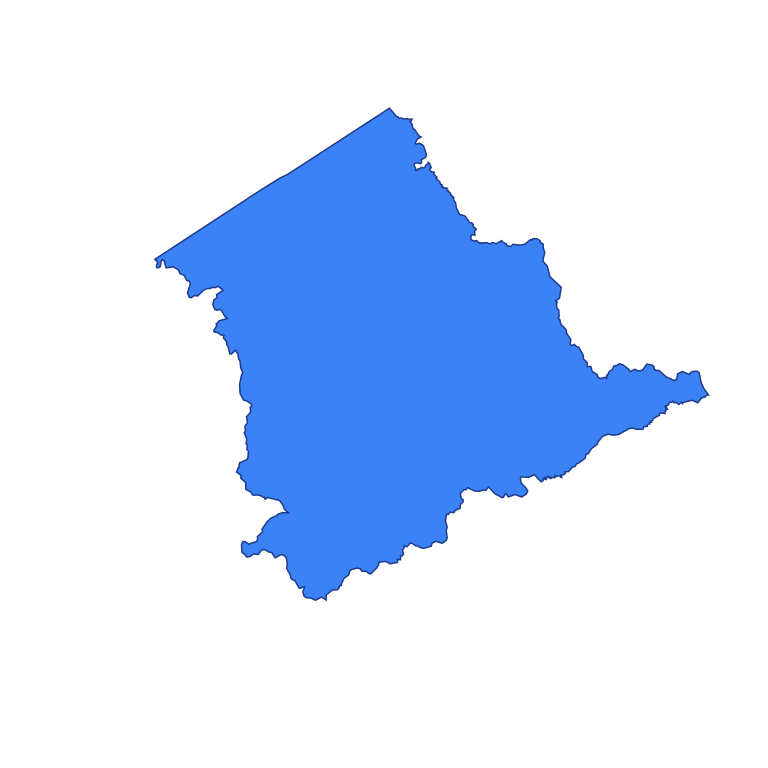 the district of Carabaya, Puno, Peru, rotated 310°
{"feature_id": "86281439B63963563505699", "entity_name": "Carabaya", "entity_type": "district", "adm_level": 2, "iso_a3": "PER", "parent_name": "Peru", "parent_adm1": "Puno", "projection": "mercator", "projection_center": [-70.113, -13.816], "detail": "fine", "context": "isolated", "style": "filled", "palette": "blue", "viewbox_px": 768, "rotation_deg": 310, "n_neighbors": 0, "source": "geoboundaries", "source_scale": "gbopen_adm2", "svg_char_len": 6159}
<svg xmlns="http://www.w3.org/2000/svg" viewBox="0 0 768 768"><g transform="rotate(310 384 384)"><path d="M511.1,605.9L515.7,611.5L518.5,610.5L520.8,613.0L521.3,612.2L523.4,612.3L524.2,613.3L525.5,612.1L526.6,613.4L526.8,612.3L529.2,613.2L530.4,612.3L537.1,615.1L538.2,614.2L539.6,614.4L542.0,618.3L542.7,617.0L544.9,617.2L545.7,616.4L547.0,617.3L548.0,614.6L546.9,614.9L547.4,613.6L550.9,615.3L553.5,614.4L555.2,616.2L556.5,616.3L556.0,618.2L557.6,619.7L557.8,623.1L561.2,623.5L560.8,625.2L562.6,625.3L569.7,630.6L571.3,636.4L577.7,636.2L580.0,638.2L583.2,638.4L584.2,639.7L586.2,631.7L589.1,625.8L595.3,618.1L595.0,615.6L592.4,612.7L589.9,611.5L587.4,611.6L585.5,604.6L580.4,602.4L575.9,605.2L573.2,604.3L570.8,595.4L571.2,585.9L569.3,583.9L569.2,581.6L570.9,579.4L571.0,577.7L568.2,572.5L560.7,573.1L557.3,570.3L556.5,566.7L551.6,564.5L552.6,561.8L552.4,558.4L552.2,554.6L550.8,551.3L547.6,550.3L545.5,548.5L541.6,549.7L539.6,548.8L537.1,548.6L535.8,549.7L534.3,548.9L531.4,550.9L531.2,549.0L527.4,546.3L526.7,543.9L528.2,541.3L527.5,535.2L530.3,531.3L527.8,528.1L531.0,526.0L531.4,520.7L534.0,518.2L537.4,509.7L536.4,507.0L536.7,504.2L534.1,503.2L534.0,501.1L538.2,498.5L540.2,491.4L542.7,488.5L543.5,481.0L546.4,477.1L546.5,475.0L548.4,474.7L552.9,470.4L553.4,467.4L556.9,464.1L558.1,464.1L558.1,461.9L562.4,463.4L572.0,457.6L572.8,442.3L579.3,433.2L580.2,427.2L581.3,426.0L588.0,422.7L590.7,418.4L593.4,416.1L593.2,412.5L594.1,411.5L593.6,407.8L591.1,404.7L589.2,404.8L588.9,403.4L581.8,402.1L578.0,399.2L573.9,393.0L570.9,392.7L568.8,389.2L570.0,387.7L569.1,383.7L569.5,382.0L563.5,379.8L562.2,376.3L559.2,374.9L558.5,372.2L555.9,369.1L554.2,368.3L554.4,367.3L553.0,365.4L553.5,362.8L551.3,361.1L550.7,359.4L551.2,357.0L553.2,355.5L554.8,355.5L556.6,357.9L559.1,355.2L562.0,355.1L561.9,350.8L563.5,350.0L563.9,348.0L562.8,345.8L564.7,337.9L562.5,332.8L565.4,326.2L568.6,322.7L569.9,318.9L571.7,317.5L570.9,316.6L571.9,316.1L571.7,313.4L572.5,313.2L573.1,311.2L572.7,309.7L573.3,309.0L572.7,308.8L573.6,306.4L574.5,306.5L571.8,302.0L573.2,301.7L572.8,300.8L573.8,300.3L573.3,298.9L574.6,297.1L575.1,291.6L576.0,291.9L576.5,290.9L576.6,287.3L578.5,286.5L577.0,283.8L577.2,282.1L577.7,281.1L580.3,280.9L580.0,279.8L581.1,279.4L582.3,276.4L582.1,275.4L581.0,276.4L579.0,275.4L575.9,276.1L574.3,274.7L574.2,273.4L571.4,272.9L570.2,271.6L568.8,272.0L567.9,270.6L569.6,269.5L570.8,266.4L572.6,265.7L574.4,266.8L576.4,270.5L578.5,270.0L579.5,268.4L584.6,270.2L587.2,268.8L591.2,262.3L592.0,259.5L590.9,256.1L588.4,254.6L588.4,253.1L593.2,252.1L597.1,253.6L596.5,251.0L598.7,243.9L598.3,241.8L601.2,238.2L601.6,235.2L603.0,235.8L605.0,235.1L602.7,233.1L602.4,231.4L599.8,229.1L599.0,226.2L597.2,224.8L597.7,223.0L596.9,221.8L598.8,210.9L482.5,175.4L474.9,171.9L454.0,165.1L332.3,128.3L331.8,132.5L328.2,133.7L327.1,135.1L328.3,136.7L330.1,137.2L334.9,134.2L337.0,134.5L336.9,136.7L332.9,142.4L338.4,147.4L339.3,153.3L337.4,156.6L338.8,161.1L336.5,166.3L337.6,168.5L336.6,171.1L327.5,174.9L325.2,179.3L326.1,180.7L330.5,182.3L331.4,184.6L340.3,185.6L343.6,187.2L345.0,189.1L348.1,190.8L349.3,192.8L352.2,194.0L352.5,200.4L344.6,198.3L343.3,200.6L339.0,199.7L334.9,201.8L332.4,206.4L332.9,208.4L335.4,210.0L335.9,212.0L333.5,218.7L333.5,221.8L326.3,217.0L324.0,217.4L322.3,216.7L321.3,218.3L315.2,219.4L314.8,220.7L316.7,224.1L316.5,226.7L318.2,230.4L316.1,231.3L315.2,236.4L313.1,238.1L312.4,240.6L307.9,246.6L309.0,247.8L314.5,248.7L314.7,249.5L313.4,250.9L313.3,252.7L309.9,256.2L308.9,259.1L304.1,264.0L301.9,268.6L299.4,269.0L290.9,273.6L284.2,279.9L281.4,286.6L283.0,290.3L283.2,295.6L282.5,296.8L280.1,296.5L276.6,300.0L270.4,299.7L266.6,304.4L262.3,304.6L258.8,308.2L256.8,308.2L253.6,314.3L249.5,316.8L249.3,318.6L245.8,321.0L245.4,323.2L240.3,327.0L237.5,327.5L230.9,324.0L228.3,325.2L227.3,326.7L225.7,326.2L221.8,327.6L222.1,333.0L219.7,335.1L219.6,341.4L214.5,345.8L215.6,351.6L214.6,354.2L214.9,355.5L217.8,358.5L219.5,362.2L219.3,363.7L220.5,365.0L219.3,367.0L222.3,367.8L227.6,378.9L226.0,385.0L224.1,388.0L223.9,393.5L220.1,388.8L215.8,386.3L214.3,386.5L208.8,383.7L203.2,383.0L194.3,383.9L192.9,385.9L185.4,385.2L185.1,386.2L181.7,387.8L174.4,383.3L173.9,378.7L172.7,377.2L169.3,378.1L163.7,383.5L164.0,387.9L163.0,389.7L165.2,391.9L170.1,393.5L172.6,397.3L178.1,397.0L180.3,398.5L181.2,403.7L182.7,406.2L180.9,412.4L186.8,414.6L188.0,416.0L188.4,418.7L187.9,421.0L184.7,424.9L180.1,428.1L177.6,434.8L175.4,437.4L175.2,439.7L176.2,441.9L173.1,450.0L173.9,451.5L176.1,452.1L177.5,453.6L172.8,455.3L170.1,459.1L170.4,461.9L173.1,465.6L174.2,470.4L180.6,473.1L181.3,478.5L185.4,475.3L193.2,477.0L196.1,480.3L197.5,480.8L200.9,480.0L202.3,480.8L203.4,479.8L209.5,478.3L215.0,479.7L219.1,477.9L220.8,478.3L225.9,481.9L227.2,484.7L226.4,487.4L229.1,490.9L229.1,494.3L230.0,495.9L238.4,496.7L241.7,496.2L244.0,494.7L248.4,498.4L249.5,500.4L250.1,504.1L255.5,508.7L256.9,508.6L258.2,506.8L260.0,509.6L262.9,507.2L264.2,508.5L266.3,508.2L268.7,504.9L271.9,504.5L273.1,503.4L274.2,506.3L278.2,506.3L279.9,507.3L280.5,512.5L282.0,513.8L281.6,515.7L283.4,519.9L290.1,524.4L293.1,523.1L296.9,525.0L299.4,531.0L304.5,532.2L306.8,531.3L311.4,526.1L315.2,524.2L318.5,519.1L324.4,515.6L325.5,517.1L328.4,517.2L330.4,520.2L333.0,519.8L337.7,522.2L341.0,519.9L344.2,520.4L346.2,519.3L345.9,517.3L348.7,512.9L354.2,513.1L355.9,514.8L358.3,514.6L360.2,522.0L362.9,525.8L366.5,528.2L367.9,530.4L372.4,530.3L371.2,539.6L372.9,547.4L373.7,548.3L377.2,547.6L378.3,548.2L377.5,551.9L383.6,555.5L385.9,562.1L391.0,563.7L394.4,562.9L395.7,559.2L396.3,552.7L399.7,548.8L400.8,548.6L405.5,554.8L411.3,557.5L410.0,567.2L412.2,568.0L413.8,567.0L414.6,568.7L415.2,566.5L415.7,568.9L416.3,567.8L416.9,569.1L418.9,568.9L418.2,570.3L418.7,572.2L419.6,571.5L419.6,572.9L420.7,573.1L421.9,575.0L423.7,573.7L423.6,575.2L426.9,577.7L426.1,579.1L426.6,580.3L428.1,578.2L429.2,579.5L432.0,580.4L432.9,579.0L435.5,581.6L440.8,581.8L444.0,583.3L447.0,582.8L447.8,583.7L456.1,585.8L460.2,584.0L461.9,585.2L467.7,584.5L475.4,586.1L476.2,585.2L484.5,585.1L489.6,587.9L492.4,592.9L496.2,596.2L507.3,600.4L510.6,603.3L511.1,605.9Z" fill="#3b82f6" stroke="#1e3a8a" stroke-width="1.5"/></g></svg>